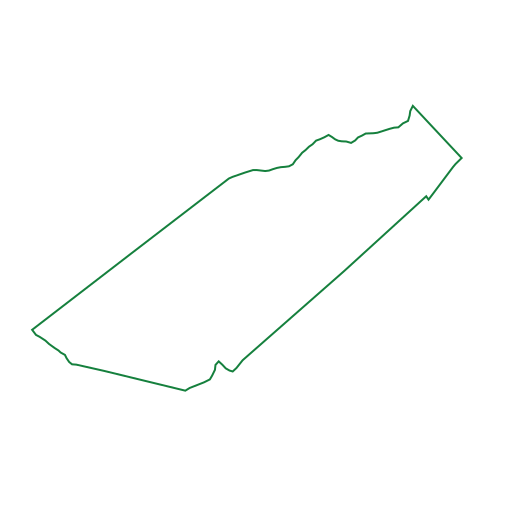 Peixe-Boi, Pará, Brazil (Equal Earth projection), rotated 53°
{"feature_id": "56859067B34086017458095", "entity_name": "Peixe-Boi", "entity_type": "district", "adm_level": 2, "iso_a3": "BRA", "parent_name": "Brazil", "parent_adm1": "Pará", "projection": "equal_earth", "projection_center": [-47.282, -1.125], "detail": "fine", "context": "isolated", "style": "outline", "palette": "green", "viewbox_px": 512, "rotation_deg": 53, "n_neighbors": 0, "source": "geoboundaries", "source_scale": "gbopen_adm2", "svg_char_len": 1154}
<svg xmlns="http://www.w3.org/2000/svg" viewBox="0 0 512 512"><g transform="rotate(53 256 256)"><path d="M321.0,393.5L321.5,388.3L324.1,379.0L325.6,373.6L326.8,367.1L325.1,363.0L322.2,357.3L318.6,353.9L317.7,349.2L322.6,348.3L327.5,347.8L331.5,346.1L334.2,344.1L333.7,339.1L332.6,334.8L331.2,329.4L321.1,195.1L310.7,84.1L314.8,84.3L312.4,75.8L311.2,71.7L303.5,45.1L302.6,41.2L301.5,32.8L230.5,40.4L233.1,45.6L236.3,48.8L239.6,53.3L238.5,58.8L238.9,64.9L236.6,68.5L234.8,72.9L230.6,84.9L228.7,88.2L224.2,94.7L223.6,99.0L222.7,103.2L223.4,107.3L222.9,112.0L218.9,115.0L216.0,118.5L213.4,121.0L210.4,122.6L206.7,123.7L203.0,125.2L202.3,130.0L201.2,134.8L200.0,138.6L200.8,143.6L200.6,147.9L201.2,152.5L201.3,157.0L202.7,162.6L203.3,166.7L204.9,171.4L204.2,175.7L202.3,179.1L200.0,182.7L198.3,186.2L196.8,190.3L195.6,194.2L193.7,197.5L187.8,203.7L185.6,206.6L182.8,214.4L178.7,227.1L177.8,231.0L178.4,298.7L178.9,354.1L180.2,479.2L186.6,479.2L190.2,477.5L196.8,475.1L201.8,474.2L208.3,472.2L212.6,470.6L215.5,470.1L220.0,468.1L223.7,468.8L228.2,469.0L231.8,468.1L234.6,464.9L256.3,446.5L321.0,393.5Z" fill="none" stroke="#15803d" stroke-width="2"/></g></svg>